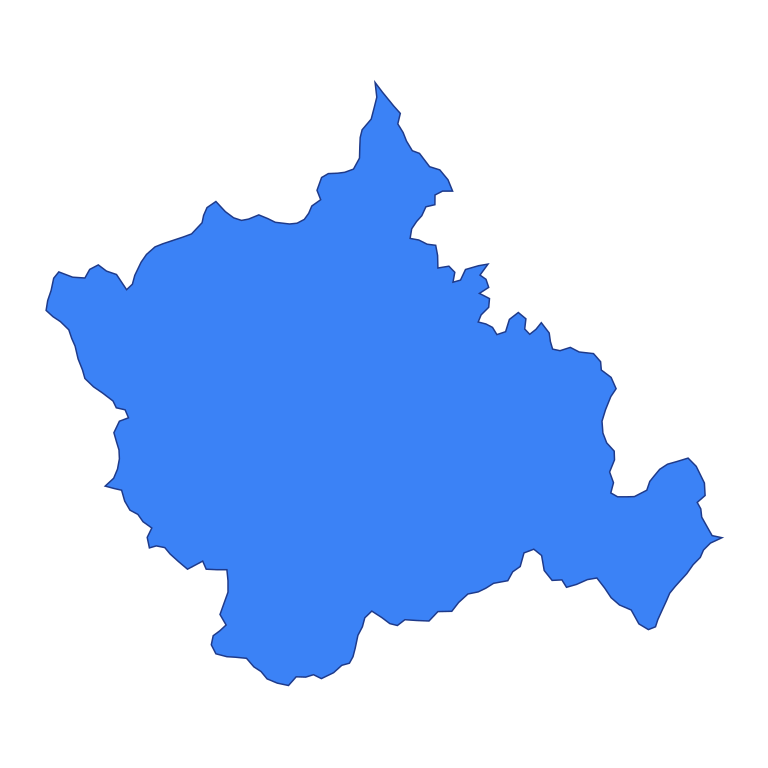 Sarapuí, São Paulo, Brazil
{"feature_id": "56859067B6054851869048", "entity_name": "Sarapuí", "entity_type": "district", "adm_level": 2, "iso_a3": "BRA", "parent_name": "Brazil", "parent_adm1": "São Paulo", "projection": "mercator", "projection_center": [-47.776, -23.649], "detail": "fine", "context": "isolated", "style": "filled", "palette": "blue", "viewbox_px": 768, "rotation_deg": 0, "n_neighbors": 0, "source": "geoboundaries", "source_scale": "gbopen_adm2", "svg_char_len": 3206}
<svg xmlns="http://www.w3.org/2000/svg" viewBox="0 0 768 768"><path d="M53.7,278.2L51.1,290.5L47.7,300.5L46.1,310.4L53.0,316.7L60.4,321.6L68.8,329.8L71.7,338.4L75.1,346.1L78.1,358.9L82.5,370.0L84.9,378.5L93.5,386.8L102.4,392.9L113.0,401.0L116.3,407.8L125.1,409.8L128.5,417.8L119.4,421.2L113.9,432.7L116.5,441.8L119.0,450.0L119.4,458.9L117.5,469.1L113.7,478.2L105.2,486.1L114.1,488.5L121.6,490.2L124.7,501.1L130.0,510.2L137.9,514.4L143.0,521.7L151.8,528.0L147.2,537.4L149.4,547.9L156.3,545.9L164.8,547.6L170.1,554.0L178.4,561.5L187.5,569.2L196.0,564.7L202.7,561.1L206.2,569.2L216.8,569.7L226.9,569.7L228.0,580.7L228.0,592.2L223.5,604.7L220.0,614.5L226.1,625.0L219.7,630.9L213.2,635.7L211.3,644.8L215.9,653.8L226.9,656.7L235.2,657.2L246.5,658.3L253.9,666.9L261.0,671.5L267.1,678.9L277.2,683.1L288.5,685.5L296.2,676.8L305.8,677.1L313.5,674.7L321.4,678.6L333.6,672.7L341.8,665.3L349.4,663.2L353.0,656.7L355.2,648.2L357.9,635.4L362.4,626.8L364.8,617.8L371.8,611.1L382.0,617.7L389.8,623.6L397.4,625.5L404.9,619.7L416.9,620.5L429.0,621.0L437.9,611.6L451.8,611.3L458.6,602.5L467.9,594.0L478.2,591.9L486.0,588.1L493.6,583.3L507.8,580.7L512.7,571.8L520.2,566.5L524.0,552.9L533.8,549.2L541.6,555.5L544.2,570.5L552.1,580.4L561.9,579.9L566.5,587.3L576.6,584.4L587.4,579.6L596.9,578.0L604.7,588.1L611.1,597.7L619.5,605.0L631.2,610.0L638.9,623.9L648.4,629.6L655.5,626.8L657.8,619.7L662.2,610.0L666.4,600.9L669.7,593.2L675.4,586.2L680.9,580.1L686.9,573.5L693.1,564.7L700.3,557.4L703.5,550.0L710.4,543.1L721.9,537.7L712.1,535.6L707.7,527.8L701.7,517.1L700.8,508.9L697.2,502.4L705.1,495.5L704.4,483.0L696.2,466.3L688.1,458.1L677.0,461.5L667.5,464.2L659.7,469.3L654.3,475.8L649.8,481.4L646.8,490.2L634.4,496.6L626.9,496.8L617.6,496.8L610.8,492.9L613.5,482.7L609.6,472.0L614.5,459.9L614.2,451.1L606.7,442.9L602.9,433.0L602.0,421.2L605.5,409.8L610.8,396.6L616.1,388.7L611.1,377.4L601.3,370.0L600.6,361.7L593.5,353.6L579.2,352.0L570.3,347.4L560.0,350.7L552.6,349.1L550.4,341.6L549.2,333.0L541.3,322.7L536.0,329.3L529.7,334.3L524.7,329.0L525.9,318.8L518.3,312.5L509.4,319.4L505.6,331.7L496.9,334.6L492.5,327.4L486.0,324.0L478.2,322.0L481.1,314.9L488.7,307.3L489.5,298.6L479.4,293.4L488.7,287.4L486.0,279.3L480.0,275.1L488.0,264.1L478.6,265.7L465.5,269.5L460.5,280.1L453.0,282.2L454.8,272.3L448.9,266.2L437.9,268.0L437.6,255.5L435.7,245.3L427.1,244.2L418.8,240.0L410.1,238.4L411.7,228.8L416.6,221.5L421.8,215.7L425.9,206.8L434.9,204.7L435.0,195.0L442.5,191.1L452.6,191.1L448.0,179.8L439.8,169.9L429.6,166.7L419.5,153.4L412.3,150.7L406.5,141.1L403.1,132.5L397.8,123.9L400.3,113.4L393.7,106.0L382.3,92.0L375.1,82.5L376.8,97.2L374.4,106.8L371.2,119.1L362.1,129.8L360.2,137.5L359.8,146.9L359.5,158.1L353.5,169.1L344.7,172.3L337.7,173.2L328.3,173.6L321.6,177.5L317.0,190.3L320.7,199.7L311.8,206.0L308.7,213.3L304.3,219.4L297.1,223.2L289.5,224.0L275.3,222.3L267.8,218.6L258.8,214.9L248.5,219.1L241.5,220.4L233.6,217.8L225.3,211.6L215.9,201.5L207.0,207.6L203.6,215.4L202.1,222.7L191.6,233.9L182.9,237.1L163.0,243.7L155.0,246.9L146.5,254.4L141.1,262.2L134.8,275.3L132.4,284.2L126.6,289.7L116.5,274.5L106.5,271.1L98.3,264.9L89.7,269.4L84.9,278.0L72.7,277.2L58.8,271.9L53.7,278.2Z" fill="#3b82f6" stroke="#1e3a8a" stroke-width="1.5"/></svg>